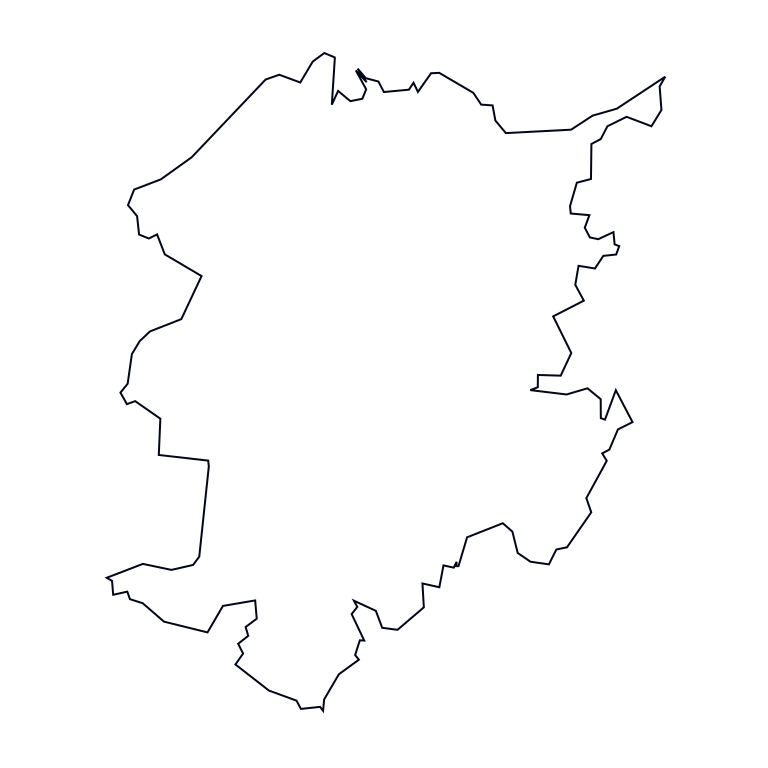 Mahates, Bolívar, Colombia, rotated 2°
{"feature_id": "7082276B15071329852388", "entity_name": "Mahates", "entity_type": "district", "adm_level": 2, "iso_a3": "COL", "parent_name": "Colombia", "parent_adm1": "Bolívar", "projection": "orthographic", "projection_center": [-75.154, 10.168], "detail": "medium", "context": "isolated", "style": "outline", "palette": "ink", "viewbox_px": 768, "rotation_deg": 2, "n_neighbors": 0, "source": "geoboundaries", "source_scale": "gbopen_adm2", "svg_char_len": 1941}
<svg xmlns="http://www.w3.org/2000/svg" viewBox="0 0 768 768"><g transform="rotate(2 384 384)"><path d="M113.7,587.3L119.1,590.3L120.7,604.1L134.7,600.5L137.6,607.9L150.5,611.5L172.4,629.2L216.3,638.4L230.8,611.4L262.8,604.8L265.0,623.0L254.2,631.7L257.1,640.4L247.3,648.7L252.6,658.3L245.3,669.5L279.7,694.4L307.6,703.5L312.3,711.6L331.4,708.9L334.5,712.7L335.2,701.3L349.0,675.7L368.5,660.4L364.6,655.9L368.8,641.0L373.2,641.1L359.7,615.1L365.1,607.7L361.5,601.6L383.8,611.0L390.7,627.7L406.1,629.2L431.6,605.8L429.4,582.0L446.4,585.2L449.8,563.2L460.1,565.1L462.8,559.2L462.6,563.5L464.8,563.4L472.4,534.3L507.6,519.0L517.5,527.1L523.5,548.2L536.6,556.5L555.1,558.5L562.0,543.4L572.6,540.8L595.6,505.0L590.2,491.0L609.3,453.0L604.5,445.7L611.5,441.7L619.4,421.2L633.7,413.4L615.9,382.1L606.1,411.9L601.9,410.6L601.1,391.6L587.5,381.2L566.8,388.1L530.4,385.0L537.8,381.9L537.5,369.6L560.3,369.5L570.1,346.5L550.7,310.5L580.8,293.7L571.7,278.2L574.3,259.1L590.8,261.2L598.7,248.3L611.5,246.5L614.3,238.0L609.6,236.4L608.0,224.2L593.1,231.8L584.6,230.3L579.2,220.8L583.4,208.1L564.7,207.1L563.7,199.8L569.7,176.1L583.7,171.9L582.9,136.9L592.1,131.6L598.3,118.6L617.1,108.5L642.3,117.1L651.7,100.5L649.1,77.0L654.3,67.1L607.1,100.7L583.1,108.5L562.1,123.3L497.0,129.0L486.1,116.8L482.8,101.8L471.4,101.4L463.1,89.9L428.3,71.1L420.2,71.8L407.7,90.9L403.0,81.9L398.6,89.0L373.7,92.2L367.9,81.9L355.1,79.0L346.6,69.7L356.1,83.0L344.9,71.6L355.9,90.1L352.4,99.7L340.5,102.5L327.9,92.7L322.1,106.7L323.5,59.4L312.8,55.3L301.5,64.3L289.8,85.6L268.6,78.6L255.1,83.8L184.0,164.0L153.8,187.3L127.5,198.4L121.9,214.2L131.4,224.9L134.0,243.2L143.9,246.8L152.0,242.4L160.4,262.1L197.9,282.5L179.2,326.2L148.3,339.6L138.4,349.6L131.0,362.9L127.8,392.7L120.9,401.8L127.8,413.1L135.9,409.8L161.7,426.5L161.4,462.8L211.0,466.7L211.8,472.5L205.4,563.0L199.5,571.5L178.1,577.2L149.3,572.2L113.7,587.3Z" fill="none" stroke="#020617" stroke-width="2"/></g></svg>